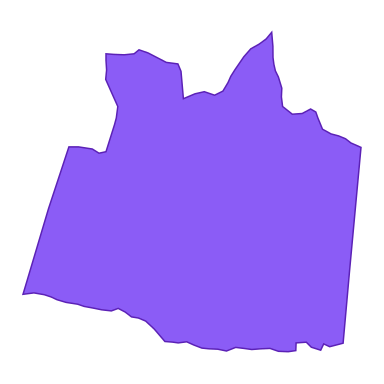 outline of Terra Alta, Pará, Brazil
{"feature_id": "56859067B85639510417491", "entity_name": "Terra Alta", "entity_type": "district", "adm_level": 2, "iso_a3": "BRA", "parent_name": "Brazil", "parent_adm1": "Pará", "projection": "natural_earth1", "projection_center": [-47.851, -0.993], "detail": "fine", "context": "isolated", "style": "filled", "palette": "violet", "viewbox_px": 384, "rotation_deg": 0, "n_neighbors": 0, "source": "geoboundaries", "source_scale": "gbopen_adm2", "svg_char_len": 1260}
<svg xmlns="http://www.w3.org/2000/svg" viewBox="0 0 384 384"><path d="M278.4,351.3L288.2,351.7L295.8,350.6L296.1,342.9L306.3,342.2L311.3,347.2L320.7,350.2L323.7,343.9L329.7,346.7L343.1,343.2L349.5,271.5L361.0,147.4L350.8,142.9L345.6,138.8L338.6,135.9L331.0,133.9L322.5,129.2L317.9,118.0L315.8,112.0L310.6,109.0L302.2,113.5L292.3,114.2L282.6,106.5L281.4,96.9L281.8,88.2L278.4,77.0L275.4,70.9L273.9,64.4L273.0,57.5L272.9,46.3L271.7,32.3L266.1,39.0L259.0,44.2L250.8,48.8L243.8,56.8L234.9,69.8L230.8,76.3L228.0,82.6L222.9,91.1L214.6,95.2L204.3,91.7L195.0,93.8L183.4,98.7L181.0,71.3L177.9,63.9L166.3,62.4L148.2,53.0L139.0,49.8L134.1,53.8L124.2,54.8L113.9,54.4L106.0,53.8L106.0,60.4L106.6,70.0L105.7,79.4L117.8,106.5L116.3,118.0L114.5,124.7L106.0,151.7L99.0,153.2L92.3,149.0L78.6,146.9L68.9,146.9L60.7,171.8L48.6,208.4L26.9,281.3L23.0,294.3L33.9,292.9L44.3,294.7L51.0,296.9L57.0,299.7L66.1,302.4L77.7,304.2L84.1,306.4L92.8,308.0L101.7,309.8L111.4,310.9L118.2,308.4L125.1,312.0L131.5,316.9L138.4,318.0L145.7,321.1L154.3,329.1L164.9,341.5L172.5,342.1L178.2,342.9L186.7,341.8L193.8,345.0L201.9,348.1L208.9,348.8L217.8,349.2L226.5,351.0L235.7,347.4L243.8,348.4L251.8,349.5L260.9,348.8L270.0,348.4L278.4,351.3Z" fill="#8b5cf6" stroke="#5b21b6" stroke-width="1.5"/></svg>